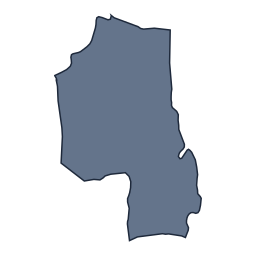 map outline of Hajjah (Equal Earth projection)
{"feature_id": "YEM-154", "entity_name": "Hajjah", "entity_type": "Governorate", "adm_level": 1, "iso_a3": "YEM", "parent_name": "Yemen", "parent_adm1": "", "projection": "equal_earth", "projection_center": [43.354, 16.097], "detail": "fine", "context": "isolated", "style": "filled", "palette": "slate", "viewbox_px": 256, "rotation_deg": 0, "n_neighbors": 0, "source": "natural_earth", "source_scale": "10m", "svg_char_len": 1468}
<svg xmlns="http://www.w3.org/2000/svg" viewBox="0 0 256 256"><path d="M108.0,19.8L110.4,19.2L111.3,15.7L111.2,15.4L114.2,17.8L138.1,26.7L140.7,28.5L143.6,29.1L154.4,28.2L170.2,30.0L169.6,63.0L171.8,89.2L171.3,92.3L171.1,96.5L171.1,99.9L171.6,102.6L171.5,105.5L172.4,107.6L176.7,111.4L178.3,114.7L178.1,120.4L178.7,125.2L178.8,129.5L184.4,144.3L184.3,147.0L183.0,149.1L181.1,150.9L179.6,152.6L178.8,154.6L178.4,156.6L180.0,158.7L181.7,158.3L187.2,150.1L188.5,149.3L189.9,150.3L191.7,152.3L195.3,159.8L196.7,167.1L197.6,174.7L197.1,178.4L196.6,185.3L197.5,190.0L197.7,193.7L200.2,196.5L201.2,198.3L200.5,205.2L199.4,210.4L197.9,212.7L195.8,213.3L193.1,212.5L190.8,212.7L188.9,214.2L187.7,216.0L187.0,217.9L186.5,220.5L186.5,223.1L188.5,227.7L188.2,230.3L185.4,237.5L181.6,235.9L168.6,233.9L165.5,234.2L162.5,233.7L137.5,236.9L129.5,240.6L127.4,223.9L127.6,221.3L128.2,219.4L129.2,208.3L127.6,202.0L127.6,198.5L128.7,195.8L129.7,192.6L130.6,187.7L130.8,181.7L129.1,176.4L125.4,172.7L110.8,174.2L105.2,175.9L103.1,177.9L100.0,179.9L93.9,179.4L84.3,181.0L61.1,163.1L61.1,162.8L62.4,136.6L61.9,127.8L58.1,100.9L57.5,86.6L57.3,85.3L56.5,81.4L56.6,81.5L56.7,80.9L56.7,80.0L56.5,78.9L56.1,77.9L54.9,75.9L54.8,75.5L61.6,72.3L66.6,69.6L70.3,66.3L71.5,63.2L71.3,60.1L70.9,57.2L71.5,54.7L73.0,53.8L78.5,52.5L80.6,51.6L86.9,46.8L89.9,43.8L91.7,40.5L95.4,28.0L96.0,24.4L96.2,20.3L96.9,17.7L98.7,16.7L102.3,17.6L108.0,19.8Z" fill="#64748b" stroke="#1e293b" stroke-width="1.5"/></svg>